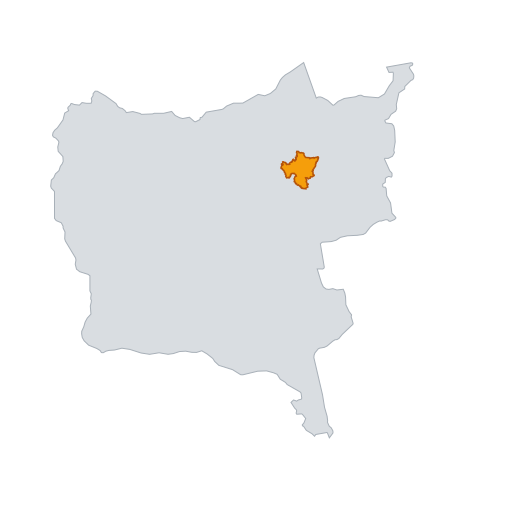 Kabongo, Katanga, Democratic Republic of the Congo (highlighted), rotated 259°
{"feature_id": "63176286B531915432051", "entity_name": "Kabongo", "entity_type": "district", "adm_level": 2, "iso_a3": "COD", "parent_name": "Democratic Republic of the Congo", "parent_adm1": "Katanga", "projection": "orthographic", "projection_center": [25.515, -7.094], "detail": "fine", "context": "in_parent", "style": "filled", "palette": "amber", "viewbox_px": 512, "rotation_deg": 259, "n_neighbors": 0, "source": "geoboundaries", "source_scale": "gbopen_adm2", "svg_char_len": 8926}
<svg xmlns="http://www.w3.org/2000/svg" viewBox="0 0 512 512"><g transform="rotate(259 256 256)"><path d="M436.8,339.7L399.5,345.3L400.2,347.4L399.8,349.7L398.8,351.4L395.0,356.1L389.3,360.3L389.3,361.3L392.1,366.1L393.8,372.7L393.3,384.2L394.0,387.4L393.8,389.8L391.9,392.5L388.0,406.3L390.5,413.0L397.7,419.3L401.9,424.0L409.1,425.7L410.3,425.5L410.8,421.6L416.5,420.2L416.1,444.9L415.7,446.2L414.6,446.6L413.3,445.7L412.9,443.4L411.4,442.4L404.3,445.3L402.6,445.3L400.6,444.7L399.2,443.5L398.8,441.6L394.0,434.4L391.6,433.8L388.9,427.4L377.9,422.6L373.7,422.2L371.5,420.7L369.3,415.6L365.6,412.3L364.8,408.7L364.1,408.2L361.8,408.9L359.9,414.6L357.3,416.0L352.8,416.1L341.4,414.4L333.3,411.4L331.1,411.6L327.9,409.0L326.6,404.5L327.3,401.1L326.7,400.6L314.3,403.5L311.3,405.3L308.5,404.8L307.6,403.9L308.8,401.5L308.2,399.0L307.3,397.8L303.6,396.9L302.4,394.1L300.2,393.7L299.4,394.1L298.9,396.0L297.5,396.6L290.1,395.8L282.4,398.2L272.1,397.6L267.2,400.6L266.5,400.5L265.4,399.0L264.4,394.4L264.9,393.1L266.4,392.1L266.9,390.2L266.4,385.4L266.8,384.2L266.2,381.4L264.6,377.0L262.4,373.4L257.6,368.0L256.7,365.4L257.0,359.3L258.4,349.6L258.2,342.4L256.2,337.7L255.8,332.7L256.9,323.6L255.7,321.5L232.0,320.9L231.0,320.3L230.5,319.0L231.6,313.6L217.1,315.1L212.8,316.2L210.2,318.5L209.3,321.2L209.3,325.2L207.2,328.9L206.7,335.3L202.7,336.1L198.7,336.1L191.0,334.9L183.6,336.8L180.0,338.6L178.1,337.8L171.4,338.5L170.5,338.1L162.6,325.7L159.2,321.6L158.5,319.5L158.7,317.6L157.7,315.0L154.1,308.6L153.3,305.6L153.4,300.9L153.0,299.4L149.7,295.4L147.6,294.1L145.2,293.4L107.0,294.8L94.3,294.4L85.2,295.2L80.5,294.9L79.2,294.4L75.0,295.4L72.9,297.1L69.6,298.1L67.6,297.8L63.5,293.3L68.9,292.3L69.2,291.8L69.4,280.6L67.9,279.1L70.8,277.1L75.3,272.1L79.8,270.2L80.4,269.2L81.4,269.2L83.0,271.2L87.0,273.8L91.8,271.3L92.3,270.6L92.9,265.8L94.1,265.4L96.2,266.4L97.3,266.3L99.4,264.9L105.6,262.4L107.5,265.4L105.8,268.2L106.6,270.1L106.8,273.2L107.8,273.8L112.8,274.1L114.2,273.3L123.8,262.1L126.3,260.8L130.4,256.3L135.8,254.2L138.1,250.8L141.2,244.5L142.6,235.7L141.9,220.4L142.4,218.3L148.9,211.3L155.7,198.7L160.3,195.4L163.7,194.0L169.1,189.4L173.3,184.7L172.7,179.2L173.7,174.6L176.0,168.8L176.8,162.6L176.0,156.2L176.3,150.9L179.5,142.4L179.8,132.8L182.7,124.7L188.4,114.3L191.1,106.7L190.7,99.1L191.4,93.6L191.2,90.4L190.2,87.6L190.7,85.8L192.9,85.0L195.5,82.2L200.4,74.7L205.6,71.1L209.2,69.9L212.9,70.0L215.4,70.6L219.3,73.4L223.8,75.7L227.2,78.5L230.5,82.9L238.5,83.8L242.0,85.4L244.1,86.0L244.9,85.6L246.5,85.8L250.3,87.1L253.4,86.3L268.3,89.2L270.0,87.7L274.2,80.0L277.3,77.3L282.4,77.0L286.4,78.5L288.5,78.5L306.9,71.8L309.3,71.5L316.0,73.1L320.3,72.0L322.1,72.3L325.8,71.2L328.9,66.6L331.4,65.4L357.8,70.5L361.8,68.0L363.7,67.8L369.6,69.6L371.4,72.4L374.9,74.8L377.4,78.9L381.4,81.1L383.4,83.3L385.7,84.8L390.5,85.4L396.5,81.8L400.8,82.2L405.2,84.2L406.6,84.1L409.9,82.0L411.6,79.8L413.3,79.3L415.8,80.3L417.9,82.4L419.7,85.5L426.4,92.5L432.8,95.5L434.4,99.8L436.7,99.4L437.8,99.8L439.5,102.5L440.6,103.0L440.9,104.1L439.3,106.7L437.8,111.5L439.8,114.5L438.2,118.8L437.4,123.3L439.4,124.4L442.1,124.4L444.6,126.7L446.5,127.1L448.5,129.6L448.0,131.7L441.8,138.9L432.3,147.7L429.2,148.8L427.5,150.4L426.3,153.0L423.6,155.2L421.5,156.1L421.3,162.6L418.1,169.3L416.9,170.6L415.2,181.6L415.5,183.5L413.7,192.4L414.0,200.8L409.4,203.4L406.3,207.4L404.9,210.3L404.9,217.1L399.7,221.2L399.3,222.2L400.6,227.0L402.5,227.7L402.5,229.4L406.7,234.6L406.4,250.5L406.7,252.0L408.8,255.8L410.3,263.0L408.6,272.2L414.2,289.0L411.6,295.2L412.8,301.1L416.2,307.3L424.1,313.5L426.2,316.0L428.2,319.4L430.1,324.7L436.8,339.7Z" fill="#d9dde1" stroke="#a8b0b8" stroke-width="1"/><path d="M341.5,335.8L341.5,335.6L341.6,335.0L341.4,334.8L341.3,334.7L341.1,334.6L341.1,334.4L341.3,333.8L341.4,333.6L341.4,333.3L341.3,333.1L341.3,332.8L341.2,332.6L341.2,332.4L341.3,332.3L341.2,332.0L341.0,331.9L340.9,331.7L341.5,331.4L341.7,331.2L341.6,330.5L341.7,329.9L341.6,329.5L341.7,328.9L341.8,328.8L341.6,328.2L341.8,327.9L341.7,327.8L341.5,327.6L342.0,327.5L342.0,327.2L342.3,327.0L342.4,326.9L342.4,326.5L342.6,326.2L342.6,325.9L342.8,325.1L343.0,324.6L343.1,323.8L343.8,323.2L344.4,322.9L344.7,322.9L344.9,322.7L345.2,322.6L345.7,322.5L345.9,322.4L347.2,322.5L347.5,322.6L348.0,322.2L348.3,321.7L348.2,321.4L348.5,320.8L348.7,320.3L348.8,320.2L348.7,320.1L348.7,319.7L348.8,319.5L348.7,319.4L349.3,318.0L350.3,317.9L350.5,317.7L350.7,317.1L350.8,316.9L350.7,316.6L350.9,316.0L349.8,315.5L349.5,315.5L349.4,315.6L349.1,315.8L348.4,315.8L347.9,315.6L347.4,315.2L347.1,315.0L346.8,315.5L346.7,315.6L345.8,315.4L345.6,315.0L345.6,314.8L345.3,314.5L345.5,314.1L345.5,313.8L345.4,313.6L344.6,313.6L344.1,314.0L343.1,313.9L342.9,313.7L343.1,313.4L343.3,313.1L343.2,312.9L342.5,312.8L342.1,312.7L341.9,312.5L341.8,312.3L341.9,312.1L342.6,311.9L342.7,311.5L342.8,311.4L343.0,311.1L343.0,310.9L343.3,310.9L343.8,310.9L343.7,310.6L343.3,310.5L343.1,310.4L342.9,310.4L342.8,309.9L342.3,309.8L341.8,309.7L341.7,309.4L341.7,309.1L341.7,308.9L341.2,308.8L341.2,308.7L341.4,307.7L341.0,307.1L340.7,306.7L340.3,306.6L339.7,306.6L339.8,306.1L339.7,305.8L339.6,305.7L340.0,305.3L340.0,304.9L339.9,303.8L339.9,303.7L340.5,303.8L340.7,303.6L340.7,303.4L340.7,303.1L340.8,303.0L341.0,303.0L341.3,303.2L341.5,303.2L342.1,302.9L342.2,302.7L342.3,302.0L343.2,300.9L343.4,300.4L343.3,300.2L342.8,300.4L342.5,300.4L342.3,299.9L342.2,299.8L341.6,299.7L341.5,298.6L341.4,298.5L341.2,298.5L340.8,298.8L340.6,299.9L340.5,300.0L340.2,299.7L340.0,299.4L340.0,299.1L340.1,298.8L339.8,298.5L338.7,297.8L338.3,297.6L337.9,297.4L337.6,297.3L337.1,297.4L337.0,297.5L337.3,297.7L337.2,297.9L337.1,298.1L336.9,298.3L336.5,298.5L336.2,298.6L335.8,298.7L335.4,299.0L335.1,299.0L334.9,299.2L334.7,299.6L334.4,299.7L333.8,299.8L333.7,299.9L333.2,300.0L333.1,299.9L332.9,300.1L332.7,300.0L332.1,300.2L331.8,300.4L331.6,300.6L331.0,300.7L330.8,300.6L330.8,300.4L330.6,300.3L329.7,300.8L329.4,300.9L329.2,300.8L328.5,300.4L326.8,301.0L326.7,301.2L327.0,302.4L327.0,302.8L326.6,303.1L326.5,303.3L326.3,303.3L326.3,303.5L326.5,303.7L326.6,303.8L326.8,304.0L327.0,303.9L327.0,304.0L327.1,304.3L327.4,304.7L328.2,305.4L328.3,305.4L328.5,305.2L328.8,305.5L329.0,305.4L329.1,305.6L329.1,305.8L329.5,306.1L329.8,306.1L329.8,306.4L330.0,306.4L330.2,306.8L330.2,307.1L330.1,307.8L329.9,308.0L329.7,308.4L329.8,308.6L329.7,308.8L329.9,309.1L329.5,309.3L329.3,309.6L328.8,310.0L328.4,310.4L327.8,310.6L327.6,310.8L327.1,310.8L326.8,310.8L326.9,310.5L326.9,310.0L326.5,309.8L326.2,309.2L325.7,309.0L325.3,308.8L324.7,308.2L324.4,308.1L324.0,308.2L323.7,308.4L323.0,308.3L322.7,308.1L322.1,308.1L321.9,307.9L321.7,307.7L321.5,307.8L321.4,307.9L321.2,308.3L321.0,308.6L319.6,308.6L319.3,308.8L319.4,309.6L318.6,309.7L318.2,309.8L317.7,310.3L317.5,310.6L317.7,311.2L317.1,311.5L316.8,311.9L316.5,312.1L316.3,312.5L315.7,312.5L315.4,312.8L315.5,312.9L315.2,313.0L315.3,313.1L315.1,313.1L314.9,313.3L314.8,313.6L314.7,313.6L314.5,313.8L314.1,313.8L313.9,313.7L313.7,313.9L313.5,314.2L313.8,314.6L313.7,314.8L313.6,315.0L313.3,315.2L313.2,315.4L313.1,315.5L313.0,315.9L312.9,316.0L313.0,316.4L312.9,316.5L312.7,316.9L312.6,317.1L312.7,317.3L312.5,317.7L312.9,317.7L313.1,317.9L313.6,319.3L313.7,319.5L313.9,319.6L313.9,319.9L313.9,320.0L314.2,320.0L314.9,319.8L315.4,319.8L316.1,319.5L316.5,320.0L316.2,320.3L316.1,320.5L316.2,320.8L316.5,320.9L316.5,320.3L317.6,319.9L317.8,319.8L318.3,319.8L318.5,319.7L318.6,319.8L318.9,319.8L319.3,319.5L319.6,319.5L319.8,319.6L320.0,319.8L320.2,320.1L320.5,320.2L320.9,320.1L321.8,320.0L322.4,319.8L323.0,319.6L323.3,319.5L323.4,319.8L323.0,320.4L323.1,321.1L322.8,321.3L322.0,321.7L321.7,321.9L321.7,322.1L321.7,322.3L322.0,322.5L322.1,323.3L322.0,323.7L322.0,324.0L322.4,324.2L323.1,324.4L323.4,324.7L323.4,325.0L323.1,325.6L323.0,326.1L323.2,326.7L323.3,326.8L323.3,327.1L323.6,327.5L323.7,328.2L323.9,328.4L324.0,328.4L324.1,328.5L324.3,328.5L324.3,328.4L324.4,328.1L324.8,327.7L325.0,327.6L325.3,327.7L325.5,327.5L325.8,327.5L326.2,327.8L326.4,327.8L327.0,327.9L327.5,327.8L327.8,327.8L328.0,327.7L328.3,327.4L328.5,327.3L328.6,327.5L328.8,328.4L329.0,328.5L329.3,328.4L329.9,328.4L330.0,328.4L330.2,328.9L330.3,329.1L330.6,329.2L330.8,329.4L331.1,329.7L331.3,329.8L331.3,330.0L331.7,330.3L331.8,330.5L332.0,330.7L332.2,330.8L332.4,331.1L332.7,331.2L332.7,331.4L333.1,331.7L333.5,331.8L334.0,331.8L334.4,332.0L334.7,331.9L334.8,332.1L335.1,332.2L335.1,332.3L335.4,332.6L335.6,332.7L335.8,332.7L336.0,332.7L336.1,332.8L336.1,332.7L336.3,332.7L336.5,332.7L336.7,333.2L336.9,333.3L337.0,333.3L337.1,333.5L337.1,333.8L337.3,334.1L337.4,334.3L337.7,334.3L337.9,334.5L338.0,334.6L338.2,334.8L338.3,334.8L338.4,335.0L338.5,335.0L338.5,334.9L338.7,335.0L339.1,335.4L339.4,335.4L339.5,335.5L339.8,335.5L339.9,335.8L340.0,335.8L340.2,335.7L340.3,335.7L340.4,336.0L340.6,336.1L341.2,335.7L341.2,335.9L341.5,335.8Z" fill="#f59e0b" stroke="#b45309" stroke-width="1.5"/></g></svg>